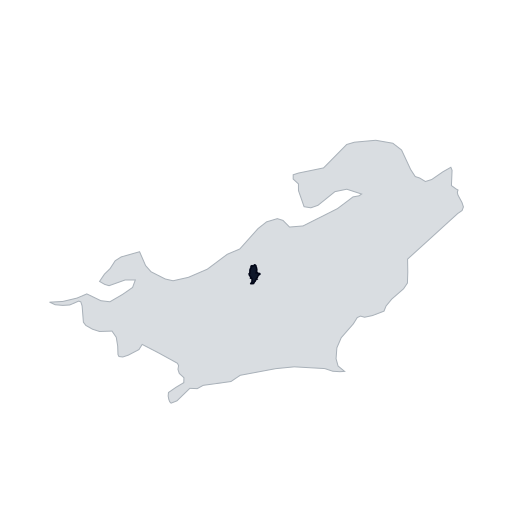 Leon Cortes Castro, San José, Costa Rica (highlighted), rotated 118°
{"feature_id": "36466004B70383874576114", "entity_name": "Leon Cortes Castro", "entity_type": "district", "adm_level": 2, "iso_a3": "CRI", "parent_name": "Costa Rica", "parent_adm1": "San José", "projection": "mercator", "projection_center": [-84.068, 9.694], "detail": "fine", "context": "in_parent", "style": "filled", "palette": "ink", "viewbox_px": 512, "rotation_deg": 118, "n_neighbors": 0, "source": "geoboundaries", "source_scale": "gbopen_adm2", "svg_char_len": 4747}
<svg xmlns="http://www.w3.org/2000/svg" viewBox="0 0 512 512"><g transform="rotate(118 256 256)"><path d="M425.8,261.9L425.2,263.8L423.4,265.8L420.9,267.8L417.6,269.2L409.5,265.0L401.7,260.3L397.3,262.5L395.7,268.6L392.7,271.7L389.1,272.9L387.6,275.0L387.3,295.6L387.5,315.0L393.5,315.4L403.5,322.2L407.7,326.2L409.1,329.8L407.8,331.6L400.5,335.8L393.4,341.2L389.9,347.9L396.1,358.7L397.4,366.0L397.2,373.6L395.5,377.3L381.7,386.1L378.7,389.2L379.1,391.4L386.7,397.5L390.3,403.4L393.3,410.4L393.7,416.6L386.8,405.2L377.2,394.3L368.9,387.6L368.3,372.0L365.0,363.5L352.4,355.7L341.7,350.2L333.8,351.3L338.6,360.3L351.2,371.8L352.1,376.3L351.9,382.2L343.2,381.3L335.6,378.9L326.3,378.1L320.1,374.6L306.9,360.8L316.3,349.0L319.2,341.3L318.9,325.3L316.8,317.6L306.6,305.7L290.5,292.8L268.0,282.2L257.4,273.6L230.9,267.1L220.9,262.7L213.0,254.7L211.9,248.9L214.7,240.0L207.4,228.6L175.9,206.3L158.3,198.1L154.5,193.3L151.7,191.8L154.4,207.2L162.1,216.5L182.2,225.1L187.7,230.2L189.9,236.7L178.3,249.2L172.4,252.4L170.6,259.3L166.8,261.3L162.8,257.4L146.5,237.7L115.0,228.3L109.3,222.5L97.6,204.6L92.2,188.1L94.1,177.2L107.0,160.1L111.1,152.7L110.3,148.1L110.7,141.4L105.9,136.7L93.9,130.5L86.2,125.6L88.3,123.1L102.1,116.5L102.9,110.6L102.9,108.6L105.1,108.2L107.1,106.6L108.3,104.9L112.1,99.2L115.3,95.9L119.1,95.4L123.7,97.8L141.0,104.0L160.3,110.9L187.6,120.7L199.0,114.4L208.8,109.6L215.6,110.3L230.3,115.9L239.1,117.7L244.6,117.1L254.0,125.3L259.1,131.4L260.0,135.5L262.8,137.7L270.2,138.2L288.1,142.4L299.1,141.5L309.1,137.1L314.6,131.9L316.3,123.6L318.8,127.7L321.7,134.1L323.1,142.4L335.9,170.2L346.2,185.7L368.8,214.0L378.6,219.2L395.0,241.9L400.7,245.6L403.9,252.3L421.0,257.8L425.8,261.9Z" fill="#d9dde1" stroke="#a8b0b8" stroke-width="1"/><path d="M281.4,245.2L281.2,245.2L281.0,245.3L280.9,245.4L280.7,245.4L280.4,245.3L280.1,245.3L280.1,245.2L279.9,245.2L279.8,245.3L279.7,245.3L279.5,245.2L279.4,245.2L279.2,245.1L278.8,245.0L278.7,244.9L278.5,245.0L278.4,245.0L278.2,245.2L277.9,245.2L277.6,245.1L277.4,245.0L277.2,245.0L277.2,244.9L276.9,244.8L276.6,244.9L276.4,244.8L276.3,244.7L276.3,244.8L276.2,245.0L275.9,244.9L275.8,245.0L275.6,245.0L275.6,244.9L275.5,245.0L275.3,245.0L275.1,244.9L274.9,244.8L274.8,244.7L274.7,244.7L274.4,244.7L274.1,244.8L273.6,244.8L272.9,244.9L272.7,244.9L272.4,244.9L272.1,244.8L271.7,244.8L271.6,244.7L271.3,244.5L271.2,244.5L271.1,244.4L270.8,244.4L270.7,244.3L270.6,244.2L270.4,244.0L270.2,244.0L270.0,244.3L269.9,244.3L269.9,244.5L270.0,244.5L269.9,244.6L270.0,244.7L269.9,244.9L269.9,245.0L270.0,245.4L270.2,245.5L270.3,245.5L270.4,245.9L270.5,246.0L270.4,246.3L270.3,246.5L270.5,246.5L270.5,246.8L270.5,247.3L270.4,247.5L270.5,247.6L270.5,247.8L270.7,248.0L270.1,248.2L269.8,248.1L269.7,248.1L269.3,248.1L269.2,248.2L269.1,248.4L269.1,248.5L268.9,248.6L268.8,248.8L268.6,248.9L268.3,248.7L268.0,248.6L267.8,248.8L267.7,248.8L267.4,249.2L267.1,249.3L267.0,249.5L266.7,249.6L266.5,249.8L266.3,250.0L266.1,250.1L266.1,250.3L265.9,250.4L265.8,250.5L265.5,250.8L265.5,251.0L265.4,251.1L265.2,251.2L265.0,251.3L264.8,251.3L264.7,251.4L264.7,251.5L264.5,252.0L264.4,252.1L264.4,252.3L264.5,252.4L264.4,252.6L264.3,252.8L264.4,253.0L264.5,253.2L264.6,253.3L264.8,253.3L264.9,253.2L265.0,253.2L266.2,253.7L266.2,254.1L266.2,254.3L266.3,254.3L266.5,254.4L266.7,254.5L266.8,254.5L266.7,254.7L266.6,254.8L266.6,255.0L266.8,255.0L266.9,255.3L267.0,255.4L267.0,255.5L267.4,255.6L267.5,255.6L267.8,255.4L267.9,255.2L268.0,255.1L268.3,255.1L268.5,255.0L268.7,254.8L268.8,254.8L269.2,254.8L269.3,254.9L269.4,255.1L269.7,255.1L269.8,255.0L270.0,254.9L270.4,254.8L270.5,254.9L271.0,254.9L271.3,254.8L271.3,254.7L271.5,254.7L271.7,254.4L271.9,254.3L272.1,254.3L272.1,254.2L272.3,254.1L272.5,254.0L272.6,253.9L273.0,253.9L273.3,253.8L273.5,253.8L273.6,253.7L273.8,253.5L273.9,253.4L274.0,253.4L274.3,253.3L274.5,253.3L274.8,253.4L274.9,253.6L275.0,253.5L275.3,253.5L275.4,253.4L275.6,253.3L275.7,253.2L275.8,253.1L276.0,252.9L276.2,252.6L276.3,252.4L276.3,252.1L276.4,251.9L276.6,251.7L276.8,251.5L276.9,251.3L276.9,251.2L277.0,251.1L276.9,250.8L276.9,250.7L277.0,250.6L277.1,250.4L277.6,250.3L277.8,250.4L278.1,250.4L278.1,250.2L277.9,249.8L277.8,249.7L277.7,249.7L277.8,249.4L277.8,249.2L278.1,248.9L278.3,248.8L278.4,248.7L278.5,248.6L278.5,248.4L278.8,248.3L278.9,248.2L279.0,248.1L279.5,248.0L279.6,247.9L279.9,247.9L280.0,247.8L280.1,247.7L280.4,247.6L280.6,247.6L280.9,247.4L281.1,247.4L281.3,247.4L281.5,247.4L281.9,247.3L282.0,247.3L282.2,247.5L282.3,247.7L282.5,247.7L282.8,247.7L282.9,247.4L282.7,247.2L282.5,246.9L282.4,246.6L282.3,246.4L282.2,246.3L282.2,246.2L281.9,246.0L281.7,245.8L281.5,245.6L281.4,245.5L281.4,245.4L281.4,245.2L281.4,245.2Z" fill="#0f172a" stroke="#020617" stroke-width="1.5"/></g></svg>